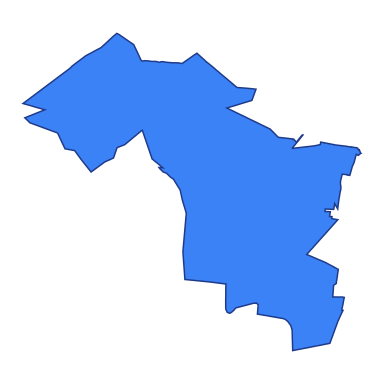 Cuilápam de Guerrero, Oaxaca, Mexico
{"feature_id": "50627088B62006503401579", "entity_name": "Cuilápam de Guerrero", "entity_type": "district", "adm_level": 2, "iso_a3": "MEX", "parent_name": "Mexico", "parent_adm1": "Oaxaca", "projection": "orthographic", "projection_center": [-96.785, 17.003], "detail": "fine", "context": "isolated", "style": "filled", "palette": "blue", "viewbox_px": 384, "rotation_deg": 0, "n_neighbors": 0, "source": "geoboundaries", "source_scale": "gbopen_adm2", "svg_char_len": 4679}
<svg xmlns="http://www.w3.org/2000/svg" viewBox="0 0 384 384"><path d="M196.9,53.2L192.2,56.4L191.0,57.3L189.5,58.3L189.1,58.6L187.4,59.8L186.7,60.3L185.5,61.1L184.5,61.8L183.9,62.2L182.1,63.5L181.3,63.4L180.5,63.2L180.4,63.2L179.4,63.1L178.4,62.9L178.0,62.9L177.5,62.9L175.6,62.8L173.2,62.8L168.8,62.5L165.1,62.1L164.3,61.9L161.8,61.6L160.3,62.0L159.1,62.3L158.5,62.1L155.9,61.4L151.7,61.4L149.4,61.1L148.4,60.9L144.5,60.7L142.0,61.1L141.0,60.1L139.3,56.5L138.7,55.1L136.4,50.2L134.6,46.5L133.8,44.7L128.1,40.8L119.0,34.5L116.8,33.4L114.5,35.3L114.4,35.4L113.6,36.0L104.7,44.3L103.4,45.4L101.1,47.6L98.4,49.0L94.0,51.3L92.3,52.3L86.0,55.6L75.7,63.3L72.2,66.0L70.1,68.2L23.0,103.5L44.8,109.8L38.3,112.4L24.8,117.8L29.9,122.8L57.6,133.0L65.0,148.8L74.7,150.6L81.0,159.3L91.1,172.0L104.7,162.0L113.5,158.0L117.1,147.6L124.7,144.7L136.1,135.2L141.2,131.0L142.3,130.2L152.1,158.9L157.1,163.0L161.4,166.6L162.9,167.8L159.0,167.5L160.2,169.1L160.8,169.6L163.2,172.0L166.5,173.2L169.3,176.0L171.2,177.7L173.4,179.1L180.2,190.1L182.2,199.4L182.5,200.5L182.9,202.0L184.7,207.8L186.0,212.3L186.3,213.4L185.7,219.8L185.4,223.4L182.9,251.7L183.0,252.2L183.1,254.6L184.3,271.1L184.6,275.4L184.9,279.5L197.2,280.7L198.9,280.9L204.1,281.4L207.1,281.7L210.0,282.0L210.9,282.1L217.1,282.9L225.9,284.0L225.8,291.3L225.8,295.5L225.7,299.4L225.7,304.2L225.7,305.2L225.7,306.0L225.7,306.9L225.7,307.5L225.8,308.8L226.0,309.8L226.1,310.1L226.7,311.1L227.2,312.3L228.4,312.7L229.4,313.3L230.8,312.8L232.0,311.9L233.9,310.2L235.8,307.9L254.1,303.1L255.2,303.3L256.5,303.1L257.5,304.1L258.2,304.8L257.8,309.4L257.4,314.1L282.8,318.5L285.0,319.2L287.8,321.5L290.8,325.6L292.1,330.1L292.7,350.6L329.9,343.3L337.8,321.6L340.9,314.7L343.0,310.4L342.7,310.4L342.4,310.3L342.1,310.3L341.7,310.3L342.3,307.4L342.4,306.8L343.0,304.1L343.3,302.1L343.6,300.7L343.9,299.1L344.2,297.9L344.3,297.4L343.9,297.3L343.2,297.2L342.2,297.0L335.7,297.0L332.7,296.9L332.9,295.3L333.0,293.7L333.0,293.3L333.1,292.5L333.1,292.0L333.2,290.6L333.3,289.9L333.4,288.4L333.4,287.7L333.5,287.1L333.5,286.7L333.5,286.4L333.6,285.3L333.9,285.1L334.3,284.8L335.1,284.3L336.0,283.6L336.3,283.5L336.3,283.3L336.3,282.9L336.4,282.1L336.5,281.6L336.6,281.0L336.6,280.7L336.9,278.9L337.0,278.6L337.0,278.0L337.2,277.2L337.3,276.4L337.4,275.6L337.5,275.1L337.5,274.8L337.6,274.0L337.7,273.1L337.8,272.5L338.0,271.5L338.3,269.4L338.0,269.2L337.5,269.0L336.6,268.5L325.7,262.6L320.2,260.2L319.1,259.8L318.4,259.5L318.0,259.3L317.4,259.1L316.9,258.8L316.3,258.5L315.8,258.3L315.3,258.2L313.5,257.4L312.5,256.9L311.7,256.6L309.9,255.8L306.7,254.5L308.8,252.2L310.5,250.2L311.3,249.3L312.1,248.5L313.2,247.3L313.6,246.8L316.9,243.1L317.7,242.2L318.1,241.8L320.4,239.1L321.9,237.5L323.6,235.6L325.0,234.1L327.8,230.9L328.1,230.6L329.7,228.8L332.1,226.1L333.8,224.2L335.0,222.9L336.0,221.7L337.1,220.5L337.8,219.7L331.7,218.6L332.0,216.6L329.6,216.5L330.3,211.7L325.0,211.5L325.3,209.0L333.7,209.4L334.7,203.6L337.7,208.9L338.3,203.8L339.0,199.0L339.6,195.5L339.8,194.1L340.0,192.7L340.3,191.3L340.4,191.0L340.5,190.9L340.7,189.6L340.9,188.6L340.9,186.8L340.5,184.1L340.4,183.6L340.6,181.1L340.6,180.7L342.2,174.3L343.6,174.3L344.7,174.4L345.1,174.5L346.2,174.6L347.4,174.6L347.4,175.1L349.8,175.4L350.0,174.6L350.3,173.7L350.5,172.9L350.8,171.9L351.2,170.4L351.7,168.7L352.0,167.5L352.1,167.2L352.4,166.2L352.5,166.1L353.4,164.1L354.2,162.2L355.4,157.4L356.0,155.3L356.2,154.8L356.3,154.4L358.3,155.4L359.4,154.4L360.0,153.9L361.0,153.3L360.7,153.1L360.2,152.0L360.0,151.6L359.3,149.8L358.7,150.2L358.2,149.2L357.6,148.2L357.2,147.9L356.7,147.7L355.2,147.6L354.8,147.5L353.0,147.2L351.7,146.9L351.1,146.8L351.0,147.1L347.8,146.5L345.5,146.1L345.1,146.1L336.8,145.1L336.1,145.1L333.8,144.6L320.7,142.1L320.3,144.6L316.4,145.4L315.1,145.7L314.6,145.8L310.7,146.3L310.3,146.3L309.8,146.4L308.7,146.5L306.8,146.7L303.3,147.1L301.9,147.3L300.6,147.4L299.2,147.6L296.3,147.9L293.3,148.3L292.5,148.4L292.3,148.1L292.9,147.3L293.2,147.0L296.9,142.5L301.4,136.9L303.4,134.5L303.0,134.7L302.6,134.9L302.3,135.1L301.9,135.3L301.7,135.6L301.6,135.8L301.3,136.0L301.2,136.2L301.0,136.5L300.8,136.6L300.7,136.8L300.5,137.1L300.3,137.3L300.1,137.6L299.9,137.8L299.7,138.1L299.3,138.5L296.4,142.2L295.3,141.0L294.5,140.0L293.7,139.1L293.1,139.6L292.5,138.9L278.3,137.3L275.7,134.7L273.3,132.2L270.2,129.1L226.8,108.0L251.9,100.4L256.0,89.2L251.8,88.7L245.2,88.1L237.0,87.5L233.2,84.3L224.8,77.2L221.4,74.4L219.7,72.9L217.8,71.2L217.7,71.2L215.9,69.7L214.7,68.6L211.5,65.9L210.6,65.2L208.3,63.3L206.6,62.0L206.5,61.8L205.9,61.4L204.8,60.3L204.6,60.1L204.0,59.6L203.1,58.8L199.9,55.9L199.1,55.2L196.9,53.2Z" fill="#3b82f6" stroke="#1e3a8a" stroke-width="1.5"/></svg>